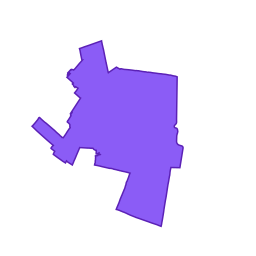 Valea Mare, Olt, Romania (Robinson projection), rotated 129°
{"feature_id": "2599482B3118512765099", "entity_name": "Valea Mare", "entity_type": "district", "adm_level": 2, "iso_a3": "ROU", "parent_name": "Romania", "parent_adm1": "Olt", "projection": "robinson", "projection_center": [24.453, 44.454], "detail": "fine", "context": "isolated", "style": "filled", "palette": "violet", "viewbox_px": 256, "rotation_deg": 129, "n_neighbors": 0, "source": "geoboundaries", "source_scale": "gbopen_adm2", "svg_char_len": 5528}
<svg xmlns="http://www.w3.org/2000/svg" viewBox="0 0 256 256"><g transform="rotate(129 128 128)"><path d="M194.4,71.8L193.1,67.6L192.7,66.4L192.5,65.5L192.2,64.8L191.5,62.9L188.3,53.9L187.9,52.8L187.0,50.1L184.8,44.3L184.5,43.1L183.6,40.4L182.1,41.1L180.2,42.2L177.4,43.7L171.1,47.3L168.5,48.9L161.2,53.1L157.3,55.2L146.9,61.3L144.2,62.7L139.8,65.2L139.2,65.5L138.7,65.7L138.1,66.1L137.9,66.2L135.8,67.6L134.6,68.3L131.7,69.8L126.2,62.7L109.1,72.5L108.7,72.8L108.5,73.0L108.2,73.4L108.1,73.8L108.0,74.0L108.0,74.4L108.0,74.5L108.1,75.0L109.2,77.6L109.2,77.9L109.3,78.4L109.3,78.6L109.4,79.1L109.3,79.3L109.3,79.5L109.1,80.0L108.9,80.6L108.7,80.9L108.5,81.2L107.9,81.8L103.8,84.9L103.5,85.1L103.1,85.4L102.6,85.6L101.8,86.0L101.4,86.2L101.0,86.3L100.7,86.4L99.8,86.9L99.5,87.0L99.3,87.2L98.3,88.3L98.0,88.7L97.8,89.0L97.7,89.4L97.6,89.6L97.6,90.0L97.7,90.4L98.2,91.5L98.2,91.9L98.2,92.1L98.2,92.4L98.0,92.7L97.8,92.9L97.7,93.0L97.4,93.2L97.2,93.3L96.9,93.4L96.7,93.4L96.1,93.4L94.7,93.3L94.4,93.3L94.1,93.3L93.9,93.4L93.4,93.6L92.9,93.9L92.5,94.2L91.7,94.9L90.5,95.9L57.3,122.0L57.5,122.6L57.6,123.0L57.9,123.8L59.0,125.7L59.7,127.3L59.9,127.7L60.2,128.4L60.6,128.8L61.4,130.2L62.0,131.4L62.6,132.5L64.1,134.8L64.8,136.0L66.4,138.4L67.7,140.6L69.6,143.6L70.6,145.5L71.2,146.3L71.6,147.1L72.2,147.5L73.0,149.1L73.1,149.4L73.7,150.2L75.1,152.5L75.9,154.0L76.1,154.3L76.8,155.7L77.4,156.5L78.0,157.5L78.8,158.4L80.2,160.8L81.2,162.4L82.6,164.6L83.9,166.5L84.9,167.9L86.2,170.5L86.6,171.0L87.3,171.2L88.0,175.3L97.4,178.1L97.3,178.3L91.1,186.0L90.7,186.4L90.5,186.8L90.4,187.0L90.1,187.3L89.7,187.7L89.3,188.2L89.0,188.6L82.5,196.4L82.0,197.1L79.9,199.8L79.3,200.6L78.6,201.4L77.7,202.5L77.2,203.1L76.9,203.4L88.8,210.7L92.4,213.0L95.0,214.5L96.8,215.7L97.6,214.6L97.8,214.2L98.8,213.1L99.6,212.2L100.5,211.1L100.7,210.9L103.8,207.1L104.1,206.7L104.1,206.3L104.0,206.2L107.2,206.3L108.1,206.4L108.8,206.4L109.0,206.4L115.1,206.5L116.2,206.6L117.0,206.7L117.2,206.8L117.2,207.1L117.3,207.3L117.3,207.5L117.7,208.1L117.9,208.7L119.0,208.8L118.9,209.2L123.2,209.5L123.5,209.2L123.7,208.8L124.1,208.6L124.7,208.6L125.1,208.4L125.1,208.1L124.9,207.9L124.4,207.9L123.6,208.1L123.3,208.2L122.9,208.4L122.6,208.7L122.3,208.8L122.0,208.7L121.9,208.5L121.9,208.3L122.0,208.1L122.2,207.9L122.2,207.7L122.1,207.2L122.7,207.2L124.1,207.2L127.0,207.4L127.2,203.9L127.3,201.4L127.5,198.8L128.1,198.9L128.8,199.0L128.9,198.8L128.9,198.6L128.9,198.0L128.9,197.8L129.0,197.4L129.4,196.7L129.6,196.4L129.7,196.2L129.9,194.7L128.9,194.7L128.7,193.2L128.5,191.9L129.4,191.8L131.2,191.6L132.2,191.6L134.4,191.6L134.7,185.1L134.7,184.3L134.6,183.7L151.8,181.9L150.9,181.4L151.1,181.2L151.3,181.2L152.8,181.1L153.6,181.0L154.0,180.9L154.3,180.5L154.4,180.3L154.4,180.0L155.3,179.9L159.3,179.4L160.5,179.4L161.3,179.2L161.6,178.8L161.5,177.5L161.8,175.7L162.0,175.3L162.2,175.1L163.7,173.9L163.9,173.7L163.9,173.3L164.0,173.2L164.4,173.1L165.9,173.2L166.7,173.1L169.9,172.8L171.0,172.6L176.0,172.2L176.3,172.2L176.6,173.0L176.9,173.3L176.8,173.7L176.7,174.1L176.7,176.1L176.5,177.0L176.4,180.7L176.1,183.8L176.1,185.1L175.8,194.6L175.9,196.2L175.9,196.9L175.8,199.2L175.7,200.9L175.5,203.2L175.5,203.3L175.6,203.5L176.0,203.7L176.4,203.7L176.6,203.7L176.9,203.6L177.2,203.6L177.3,203.6L177.7,203.4L178.0,203.4L179.7,203.4L182.1,203.4L185.6,203.5L186.5,203.6L186.8,203.5L187.0,203.6L187.6,197.3L188.3,183.4L188.5,176.8L188.5,175.1L190.0,175.3L191.5,175.3L192.2,175.1L192.3,174.6L192.3,173.3L192.2,170.3L194.3,169.9L195.3,169.6L195.5,169.5L195.3,164.6L195.1,161.5L194.9,157.8L194.5,154.6L192.2,155.1L192.2,154.8L192.4,154.6L192.4,153.6L191.8,148.0L188.9,148.8L187.8,149.2L185.0,149.9L181.0,151.1L173.6,153.2L173.5,152.9L172.5,151.7L169.8,147.9L169.6,147.6L168.7,146.4L167.8,145.2L167.4,144.6L167.3,144.4L166.8,143.8L166.6,143.6L166.6,143.4L166.4,143.3L166.3,143.2L166.1,142.9L165.9,142.6L166.0,142.3L166.0,142.2L165.9,142.1L166.0,142.0L166.1,141.1L166.1,140.8L166.0,140.6L165.9,140.3L165.9,139.9L165.9,139.7L165.8,139.3L165.7,138.9L165.4,138.6L165.5,138.5L166.4,137.8L166.7,137.6L167.3,137.1L167.8,136.7L168.1,136.5L168.2,136.4L168.1,136.2L167.2,135.6L166.9,135.4L166.4,135.3L165.7,134.9L165.9,134.8L166.3,134.4L166.2,134.2L166.2,133.9L166.3,133.7L166.1,133.2L166.1,132.9L166.4,133.0L166.5,133.2L166.7,133.4L166.9,133.5L167.1,133.8L167.3,134.0L167.6,134.3L168.0,134.4L168.5,134.2L168.7,134.4L169.1,134.7L169.4,135.1L169.7,135.4L170.0,135.7L170.2,135.8L170.3,135.7L170.8,135.1L171.2,134.7L172.0,134.2L173.2,133.2L173.6,133.1L173.9,132.9L174.5,132.5L175.1,132.0L175.4,131.7L176.2,131.5L176.9,131.2L177.1,131.1L177.8,130.7L177.0,129.2L176.7,128.7L176.3,127.9L175.1,125.5L174.4,123.9L173.7,122.5L173.5,122.1L171.3,117.6L171.0,117.1L170.8,116.6L170.1,115.9L169.8,115.2L169.2,114.0L169.1,113.5L169.0,113.2L167.8,110.9L167.6,110.5L167.5,110.1L166.7,108.5L166.3,107.5L165.8,106.7L165.5,105.9L165.3,105.5L165.1,105.1L164.5,103.9L164.1,103.2L163.5,101.9L163.2,101.3L162.9,100.6L162.4,99.5L162.2,98.8L161.8,98.0L162.3,97.9L162.8,97.7L163.5,97.5L166.2,96.5L170.2,95.2L170.8,95.2L171.2,95.1L172.4,94.5L172.8,94.3L173.0,94.1L173.5,93.9L174.8,93.5L175.2,93.3L175.8,93.0L177.7,92.3L177.8,92.3L178.1,92.3L178.2,92.2L179.9,91.7L181.6,91.2L182.0,91.1L184.2,90.4L185.2,90.2L185.3,90.1L186.0,89.9L187.5,89.5L188.4,89.2L191.7,88.0L197.6,86.3L198.7,85.9L198.4,85.3L198.0,84.4L197.2,82.2L197.2,81.8L196.7,80.4L196.5,79.5L195.8,77.6L195.7,77.0L195.5,76.4L195.2,75.1L195.0,74.6L195.0,74.1L194.9,73.8L194.5,72.4L194.4,71.8Z" fill="#8b5cf6" stroke="#5b21b6" stroke-width="1.5"/></g></svg>